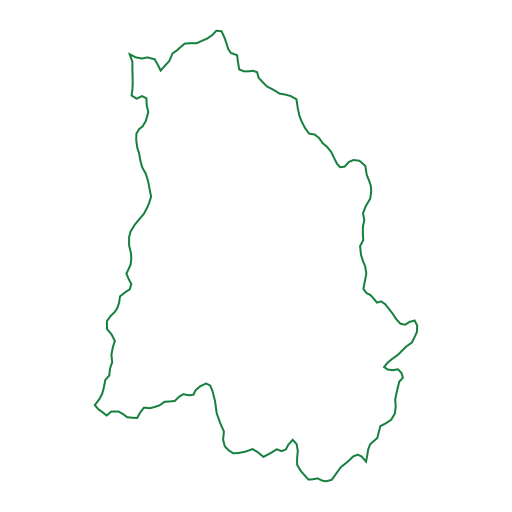 Monte Belo, Minas Gerais, Brazil (Equal Earth projection)
{"feature_id": "56859067B81338471548268", "entity_name": "Monte Belo", "entity_type": "district", "adm_level": 2, "iso_a3": "BRA", "parent_name": "Brazil", "parent_adm1": "Minas Gerais", "projection": "equal_earth", "projection_center": [-46.327, -21.306], "detail": "fine", "context": "isolated", "style": "outline", "palette": "green", "viewbox_px": 512, "rotation_deg": 0, "n_neighbors": 0, "source": "geoboundaries", "source_scale": "gbopen_adm2", "svg_char_len": 3014}
<svg xmlns="http://www.w3.org/2000/svg" viewBox="0 0 512 512"><path d="M221.6,31.3L216.4,30.7L212.4,35.0L207.0,38.7L202.4,40.6L196.8,43.2L190.5,43.2L184.7,43.6L180.9,46.8L176.9,50.4L172.6,53.4L169.2,61.1L164.8,65.8L160.6,70.6L158.2,65.5L154.7,59.3L147.5,57.4L142.0,58.5L135.9,57.4L129.7,54.3L132.4,61.8L132.4,70.4L132.6,76.7L132.7,84.0L132.4,89.7L131.6,95.5L136.7,98.7L142.0,96.1L146.4,98.3L146.7,105.3L148.3,112.1L145.9,120.7L142.7,126.3L139.1,129.1L136.4,133.7L136.2,140.0L137.3,147.9L139.1,153.3L140.4,160.8L142.2,167.3L145.8,173.8L148.1,181.2L149.6,189.2L151.1,196.7L149.0,203.4L146.9,208.2L143.8,213.9L139.0,219.6L135.0,224.4L130.6,231.4L129.1,237.1L129.1,245.4L131.0,253.3L131.3,258.6L130.6,264.7L128.6,269.0L126.4,273.7L128.7,279.0L131.3,284.1L129.8,289.2L124.9,292.5L120.0,296.4L119.1,302.8L117.3,308.0L114.8,311.9L110.6,316.0L106.9,321.1L107.0,328.9L111.6,334.5L114.9,341.0L112.9,346.9L111.4,354.7L112.2,362.3L110.1,368.2L109.2,375.6L105.3,379.9L103.7,388.3L102.1,394.0L99.3,399.2L94.8,405.1L98.5,409.4L102.5,412.2L106.6,415.5L111.4,411.5L118.5,411.5L123.2,414.2L127.1,417.2L132.1,417.7L137.1,418.0L140.4,412.2L144.0,407.6L150.0,408.2L155.0,406.9L159.4,405.4L164.5,401.8L169.4,401.5L174.7,401.0L179.1,396.7L183.3,394.2L189.3,395.3L193.5,394.7L195.5,390.3L200.1,386.3L206.0,383.5L210.2,385.5L212.6,391.4L215.0,401.0L216.7,413.3L220.2,423.1L223.9,431.5L223.1,439.8L224.8,446.3L228.5,450.2L233.3,453.3L238.6,453.0L245.5,451.6L252.6,449.1L257.9,452.3L263.4,456.9L268.7,454.1L272.3,452.1L276.7,449.3L281.6,451.1L285.9,449.4L288.3,444.8L292.7,439.8L296.6,444.1L297.8,450.8L297.1,458.4L297.1,464.8L300.7,470.9L305.2,476.0L308.5,479.6L312.7,479.3L317.6,478.4L321.9,480.5L326.0,481.3L331.6,479.9L336.7,472.9L340.7,467.3L344.2,464.5L348.4,461.1L353.2,456.4L357.7,454.7L361.5,456.4L366.0,461.6L367.2,455.7L368.2,449.3L370.3,444.1L373.6,441.2L377.3,438.0L378.8,432.1L380.3,426.1L385.9,423.3L391.2,419.7L394.9,413.5L395.7,406.3L395.2,399.3L397.0,390.8L399.3,381.6L402.9,377.7L401.4,372.9L398.0,369.3L392.8,370.2L387.6,369.5L384.1,367.0L387.2,363.1L391.8,359.2L398.3,354.5L402.7,350.0L406.2,346.6L411.9,342.5L415.0,336.2L416.9,332.0L417.2,325.6L414.6,320.5L409.5,321.9L405.2,324.7L400.4,323.7L396.2,319.1L392.8,313.9L388.9,308.8L385.2,304.2L381.1,301.4L377.0,302.6L374.0,299.0L370.5,295.1L366.4,293.0L363.4,288.9L364.7,281.9L366.3,273.8L365.3,266.8L363.2,261.7L361.0,254.9L360.1,246.1L363.2,240.2L362.8,232.5L363.0,226.1L364.3,220.2L363.0,213.2L365.8,206.0L370.2,198.7L371.2,191.4L370.8,185.7L369.1,180.7L366.7,174.8L365.3,165.9L359.5,160.8L353.5,160.0L348.8,162.0L344.6,166.7L340.1,167.2L337.0,163.8L334.4,158.6L331.3,152.1L327.0,146.8L322.6,143.1L319.0,137.9L314.6,134.5L309.0,133.6L305.0,128.0L301.6,121.4L299.4,115.7L297.9,108.9L296.4,99.2L290.6,96.0L285.5,94.6L279.5,93.6L274.7,90.5L270.9,88.5L267.0,86.5L262.8,82.3L258.6,77.8L257.1,72.2L253.0,70.8L248.6,71.3L243.8,71.3L239.2,69.4L237.9,61.6L237.1,55.2L230.8,52.9L228.2,49.0L226.6,43.7L224.6,38.0L221.6,31.3Z" fill="none" stroke="#15803d" stroke-width="2"/></svg>